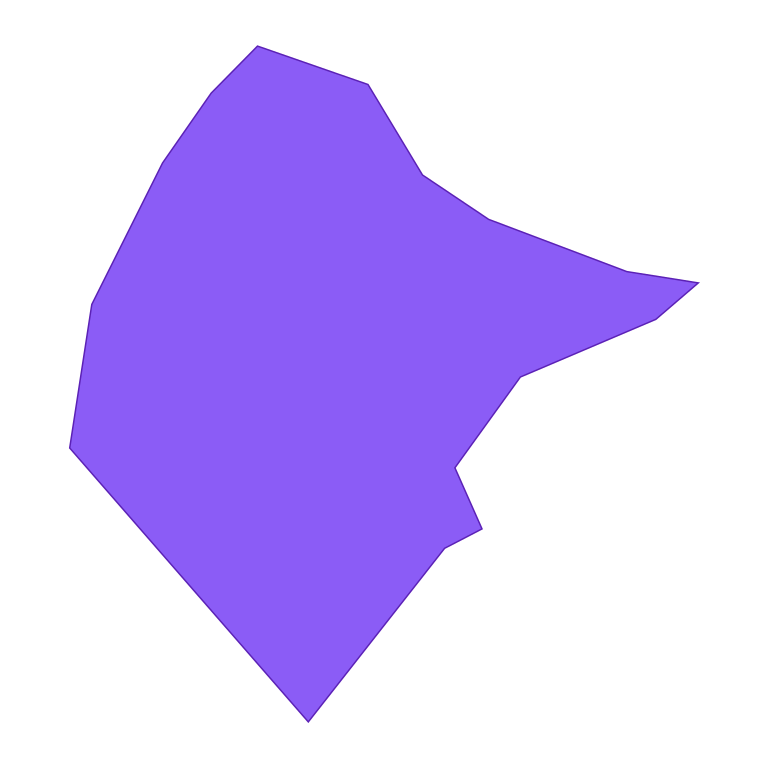 an SVG outline of Dobrovnik
{"feature_id": "SVN-271", "entity_name": "Dobrovnik", "entity_type": "Municipality", "adm_level": 1, "iso_a3": "SVN", "parent_name": "Slovenia", "parent_adm1": "", "projection": "equal_earth", "projection_center": [16.364, 46.652], "detail": "fine", "context": "isolated", "style": "filled", "palette": "violet", "viewbox_px": 768, "rotation_deg": 0, "n_neighbors": 0, "source": "natural_earth", "source_scale": "10m", "svg_char_len": 366}
<svg xmlns="http://www.w3.org/2000/svg" viewBox="0 0 768 768"><path d="M698.3,282.9L655.9,319.3L520.4,377.0L454.9,467.8L482.0,528.9L479.9,530.0L444.6,548.3L308.3,721.9L69.7,448.0L91.8,304.4L162.6,162.9L211.2,93.1L257.5,46.1L335.7,73.3L368.0,84.5L422.5,175.0L488.7,219.4L626.8,271.6L693.1,282.1L698.3,282.9Z" fill="#8b5cf6" stroke="#5b21b6" stroke-width="1.5"/></svg>